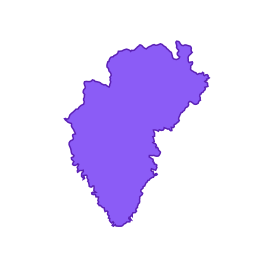 Lagoa Grande, Minas Gerais, Brazil, rotated 198°
{"feature_id": "56859067B57490940566650", "entity_name": "Lagoa Grande", "entity_type": "district", "adm_level": 2, "iso_a3": "BRA", "parent_name": "Brazil", "parent_adm1": "Minas Gerais", "projection": "mercator", "projection_center": [-46.514, -17.75], "detail": "fine", "context": "isolated", "style": "filled", "palette": "violet", "viewbox_px": 256, "rotation_deg": 198, "n_neighbors": 0, "source": "geoboundaries", "source_scale": "gbopen_adm2", "svg_char_len": 5785}
<svg xmlns="http://www.w3.org/2000/svg" viewBox="0 0 256 256"><g transform="rotate(198 128 128)"><path d="M109.1,31.1L106.6,31.7L104.0,32.6L103.0,33.5L102.5,34.7L101.9,35.8L100.8,36.6L100.2,38.2L98.6,38.9L97.3,39.3L97.3,40.6L97.9,41.6L99.3,42.0L99.5,43.3L98.3,44.3L97.8,46.0L96.7,45.4L97.3,47.1L97.1,48.9L96.1,49.3L94.9,49.8L94.2,51.6L95.3,52.4L95.3,54.3L94.4,55.2L94.9,56.6L94.7,57.8L94.8,59.0L94.0,60.3L94.2,61.8L94.9,63.5L95.1,64.9L95.6,66.1L94.9,67.5L93.9,69.1L93.9,70.5L95.2,71.0L96.2,71.6L96.6,73.0L95.1,75.5L95.5,77.0L94.2,78.0L94.0,81.2L93.0,82.8L93.0,84.2L91.7,85.0L91.4,86.4L89.7,88.5L88.6,89.0L88.5,90.4L87.5,91.3L86.3,92.0L85.9,93.0L86.9,93.5L87.8,92.9L88.5,91.9L89.7,92.1L90.0,93.3L90.8,94.5L91.9,94.1L93.0,94.8L93.1,96.5L90.4,96.4L88.7,96.4L88.5,97.8L88.3,99.4L89.3,100.5L89.1,101.6L90.4,102.1L91.8,101.9L92.7,103.4L93.9,103.7L94.0,105.0L94.7,106.1L96.0,106.2L97.3,106.7L98.9,107.0L99.2,108.4L97.9,108.9L96.5,109.2L94.8,110.0L93.6,109.8L91.7,110.1L90.4,110.8L89.9,111.9L89.6,113.7L89.7,115.1L90.6,115.7L91.7,116.2L92.6,117.0L93.1,118.0L94.2,118.6L95.2,117.9L96.0,118.9L95.5,119.8L96.0,120.7L97.2,121.5L98.4,121.4L99.8,121.8L98.8,123.1L99.4,124.2L100.9,126.6L101.7,127.4L100.2,128.4L100.8,130.1L101.1,131.3L101.9,132.0L102.7,133.0L103.2,133.9L101.8,134.5L99.8,134.6L98.1,134.3L97.7,136.0L95.6,136.0L94.0,136.8L93.5,138.1L93.7,139.5L92.7,139.4L91.2,139.4L89.9,139.2L88.6,139.8L87.5,138.9L86.5,138.6L85.5,139.2L86.2,140.7L87.0,142.0L85.1,142.4L84.4,143.5L85.0,144.6L85.0,145.7L84.1,146.3L83.2,147.5L82.7,148.8L81.9,149.5L81.6,151.1L82.6,152.0L82.9,153.5L82.7,155.2L82.6,156.8L82.2,159.1L81.2,159.7L80.9,160.8L79.8,162.2L79.8,163.8L79.4,165.2L78.1,166.4L77.5,167.8L77.5,168.9L78.2,169.9L78.2,171.3L77.4,172.4L75.9,172.4L72.5,171.2L71.3,171.3L70.2,171.8L68.9,173.3L68.9,174.8L68.6,175.9L67.7,176.8L68.3,177.7L68.6,179.1L69.7,180.4L69.9,182.3L69.0,182.9L69.0,184.3L67.8,185.1L67.3,187.0L66.6,188.0L66.6,189.3L67.6,190.4L66.2,191.3L64.8,192.3L65.7,193.8L66.2,195.2L67.4,195.8L68.4,195.6L69.4,196.0L68.5,197.2L67.7,197.9L68.3,198.8L67.0,199.6L66.2,200.8L67.7,201.4L68.0,202.6L69.2,203.2L70.5,202.6L71.6,201.4L72.6,201.9L73.0,203.6L74.2,204.0L74.8,202.5L77.1,201.9L78.4,200.5L79.6,200.8L80.5,201.6L82.1,201.5L83.5,202.0L84.8,202.2L85.9,202.6L86.7,203.2L87.0,204.8L87.6,206.5L86.6,208.5L86.7,210.0L87.3,210.8L88.9,210.0L90.0,209.1L91.0,209.8L91.6,210.7L91.9,212.0L92.6,213.2L92.7,214.7L92.3,216.0L91.5,217.3L90.3,219.8L91.5,220.5L92.2,222.0L92.4,223.4L93.0,224.3L94.0,225.0L97.1,224.9L98.6,224.9L99.7,224.5L100.8,223.5L102.4,223.2L103.8,223.9L104.7,224.6L105.7,225.6L107.1,225.9L108.6,225.6L109.0,224.4L108.5,223.4L107.7,222.4L107.0,221.1L106.7,219.5L105.5,218.5L104.0,217.8L103.5,216.5L104.0,215.5L104.3,214.5L103.8,213.1L102.9,212.4L101.9,212.0L100.8,211.6L101.0,210.4L101.9,209.0L103.1,208.1L104.5,207.9L106.1,207.9L107.4,208.9L108.3,210.5L110.2,213.3L111.7,213.7L114.4,215.1L115.7,215.5L116.9,216.5L119.7,217.2L121.3,218.0L123.2,218.1L124.3,217.1L126.0,215.7L127.4,215.2L128.9,215.4L130.3,214.5L131.8,212.8L132.9,212.0L133.6,211.2L134.3,210.3L134.9,209.0L136.6,208.9L138.5,209.6L140.0,210.5L141.6,210.9L142.7,210.5L143.1,209.2L144.0,208.1L144.5,206.9L145.2,205.7L146.0,204.0L147.4,203.2L148.6,203.0L149.1,201.7L150.1,202.3L151.5,202.6L152.9,202.6L153.9,202.5L156.0,201.0L157.7,199.3L159.3,198.6L160.9,198.0L160.8,196.3L161.3,195.0L162.1,193.9L163.7,192.5L164.0,191.3L165.3,190.6L166.3,189.8L166.7,188.4L166.9,186.7L166.7,185.4L167.6,184.9L167.6,183.5L167.5,181.4L166.8,179.5L165.0,178.6L164.2,177.2L163.4,176.1L162.2,175.5L161.1,174.5L160.2,173.0L160.9,170.6L159.9,169.5L159.9,168.1L158.8,166.8L158.6,165.3L158.8,163.8L158.5,162.6L158.7,161.1L160.9,161.5L161.9,162.0L163.1,162.1L164.2,161.5L165.5,161.7L166.9,161.8L168.2,162.4L169.4,162.6L172.2,162.4L173.7,162.1L174.7,162.8L176.7,162.8L177.3,161.5L178.3,160.5L180.0,159.9L182.1,159.4L183.6,158.6L183.6,157.0L182.9,155.9L182.1,154.8L181.3,153.9L181.1,152.5L181.9,150.8L182.0,149.3L181.6,147.9L180.7,147.2L179.6,146.4L179.5,145.2L179.0,143.7L179.3,142.2L178.8,140.7L177.8,139.7L177.6,138.5L177.6,136.8L178.6,136.0L179.7,134.8L180.6,133.3L181.1,132.3L181.2,131.0L182.0,130.3L183.4,129.7L183.9,128.4L184.6,127.2L185.3,125.9L186.3,124.5L187.3,122.4L187.3,120.8L187.5,118.6L189.0,117.4L190.3,117.8L191.2,117.2L189.9,116.2L188.4,115.7L187.0,115.0L185.5,114.8L184.4,114.8L183.2,114.8L182.7,113.8L182.5,112.5L181.4,111.3L180.2,110.4L179.0,109.4L178.0,108.2L176.8,107.1L176.2,106.2L177.5,105.4L178.4,104.6L178.3,103.4L177.4,102.3L176.8,101.3L176.7,100.2L177.3,99.3L178.3,98.5L179.1,97.2L179.4,95.7L178.9,94.0L178.0,92.8L176.9,91.6L176.0,90.4L175.4,89.4L174.1,86.9L173.1,85.9L171.9,85.6L170.9,85.1L170.9,83.8L171.8,83.1L172.7,82.2L171.9,80.7L170.4,80.1L169.1,79.3L169.5,77.9L169.6,76.5L168.7,75.9L167.7,75.8L166.6,76.2L165.5,77.2L164.7,78.4L163.7,78.2L163.7,76.8L164.2,74.8L162.8,73.4L163.0,71.6L162.3,70.4L161.4,71.3L161.1,72.4L159.9,72.9L158.6,73.3L157.5,74.0L157.0,72.8L157.5,71.6L158.0,70.7L157.8,69.4L157.2,67.6L156.0,67.0L154.8,66.7L154.7,65.4L153.7,66.6L154.4,67.7L155.7,69.0L154.2,69.8L152.8,70.3L152.0,69.5L151.7,68.1L150.7,67.1L149.5,66.4L149.9,65.0L148.7,64.1L148.0,62.9L147.4,61.9L146.9,60.6L145.6,60.3L144.3,60.6L143.7,61.9L142.6,62.3L141.9,61.1L141.6,59.7L141.1,57.8L138.6,56.9L140.2,56.1L141.6,56.0L142.5,55.1L142.0,54.0L140.5,53.9L139.4,54.4L138.3,54.5L137.7,53.6L137.2,52.6L136.1,52.9L134.7,53.2L134.4,51.4L134.2,49.6L133.0,48.6L133.5,46.8L132.2,46.1L131.4,45.3L130.2,45.8L128.8,45.0L127.2,44.5L125.9,44.7L125.2,43.1L124.0,41.4L122.4,42.6L121.1,42.0L121.1,40.7L120.6,39.3L118.8,38.6L118.8,36.3L117.4,36.3L117.0,34.3L115.6,33.3L114.3,32.6L113.3,34.2L112.3,33.5L112.5,32.1L113.0,30.5L111.6,30.1L110.2,32.2L109.1,31.1ZM97.9,41.6L96.5,41.6L97.9,42.7L97.9,41.6Z" fill="#8b5cf6" stroke="#5b21b6" stroke-width="1.5"/></g></svg>